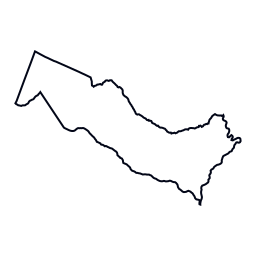 the district of Jateí, Mato Grosso do Sul, Brazil
{"feature_id": "56859067B80229786226061", "entity_name": "Jateí", "entity_type": "district", "adm_level": 2, "iso_a3": "BRA", "parent_name": "Brazil", "parent_adm1": "Mato Grosso do Sul", "projection": "natural_earth1", "projection_center": [-53.858, -22.712], "detail": "fine", "context": "isolated", "style": "outline", "palette": "ink", "viewbox_px": 256, "rotation_deg": 0, "n_neighbors": 0, "source": "geoboundaries", "source_scale": "gbopen_adm2", "svg_char_len": 5948}
<svg xmlns="http://www.w3.org/2000/svg" viewBox="0 0 256 256"><path d="M35.0,51.4L30.8,62.8L24.3,80.1L16.6,101.0L15.4,103.3L16.2,104.1L17.3,104.6L18.2,105.3L19.1,105.4L20.3,105.7L21.4,105.9L22.1,105.5L23.0,105.3L24.0,105.4L25.3,105.2L26.1,104.5L27.2,103.9L28.1,103.4L28.6,102.5L29.1,101.5L30.0,100.7L30.8,100.4L31.7,99.8L32.5,99.6L33.5,99.1L34.1,98.3L34.8,97.3L35.5,96.5L36.5,95.8L37.7,95.3L38.8,93.8L39.8,92.9L40.3,92.1L63.9,127.6L64.7,128.1L65.5,128.5L67.4,129.4L68.4,129.9L69.3,130.3L70.1,130.6L70.8,130.8L71.9,131.0L73.2,131.0L74.4,130.7L75.2,130.2L76.3,129.2L77.1,128.6L78.1,128.1L79.4,128.2L80.7,128.1L81.7,128.2L83.0,128.0L84.0,128.3L85.1,128.9L86.0,129.5L86.9,130.1L87.7,130.7L88.4,131.3L89.5,133.0L90.0,133.6L90.8,134.3L91.5,135.1L92.8,136.4L93.8,137.2L94.5,138.1L95.1,139.1L95.7,139.7L96.3,140.7L96.8,141.8L97.5,142.0L98.3,142.4L99.2,142.8L100.4,143.4L100.9,144.4L101.6,144.7L102.8,144.8L104.0,145.6L104.9,146.3L105.6,146.0L106.6,146.2L107.5,146.9L108.5,147.2L109.5,147.8L110.3,148.1L111.1,148.3L112.1,148.6L113.0,149.3L113.6,149.8L114.5,150.5L115.5,151.2L116.3,151.7L117.0,152.7L117.3,153.8L117.5,155.3L118.4,156.0L118.9,156.6L119.7,157.0L120.2,157.9L121.2,158.2L122.0,158.6L122.4,159.5L122.9,160.2L123.0,161.4L123.3,162.9L124.3,163.4L125.1,163.7L125.9,164.0L127.0,164.6L127.8,165.5L128.6,166.1L129.2,166.7L130.1,167.5L130.4,168.7L130.8,169.3L131.4,170.0L132.1,170.7L133.0,171.0L134.2,171.4L135.1,171.9L135.7,172.5L136.4,172.9L137.5,172.9L139.0,173.3L140.0,173.4L141.3,173.9L142.8,174.5L144.8,174.3L146.0,174.4L146.9,174.6L148.1,174.6L149.1,174.6L150.0,175.1L151.0,175.4L151.7,176.0L152.5,176.8L153.1,177.4L153.7,177.9L154.7,178.4L155.7,178.7L156.4,179.0L157.2,179.7L157.9,180.1L158.9,180.6L159.9,181.0L160.8,181.2L161.7,181.3L162.7,181.2L163.8,180.9L164.6,181.0L165.3,181.3L166.1,181.4L167.1,181.3L168.2,181.2L168.9,181.0L169.6,180.7L170.5,180.8L171.1,181.0L172.0,181.5L172.9,181.9L173.7,182.1L174.9,182.1L176.0,182.8L176.6,183.6L177.2,184.2L177.6,185.1L177.8,186.2L178.1,187.4L178.6,188.1L179.2,189.0L180.0,189.4L181.5,190.6L182.3,191.4L183.0,191.8L183.9,192.1L184.9,192.0L186.2,191.8L187.3,191.2L188.4,190.8L189.4,191.2L190.6,191.7L191.3,192.5L192.3,193.1L192.9,193.8L193.4,194.8L193.9,195.4L194.4,196.2L194.8,197.1L195.1,198.1L195.6,198.7L196.4,199.4L197.1,199.5L198.1,199.7L199.2,200.0L199.7,200.5L199.6,201.5L199.5,202.4L199.4,203.2L199.5,204.3L200.3,204.6L200.3,203.3L200.6,201.7L200.9,200.4L201.5,199.2L201.9,197.7L201.9,196.8L201.5,195.0L201.2,193.8L201.1,192.6L201.1,191.8L201.3,190.7L201.6,189.7L201.3,188.7L201.3,187.7L201.5,186.7L202.3,185.6L203.4,185.2L204.4,184.8L205.7,184.2L206.5,183.6L207.3,183.0L208.1,182.4L208.5,181.2L208.4,179.7L209.6,178.3L209.7,177.4L209.6,176.6L209.3,175.5L209.6,174.6L210.1,174.1L210.6,173.4L210.9,172.1L210.6,170.7L211.5,169.5L212.5,169.1L213.4,168.4L213.9,167.3L214.7,166.5L216.7,165.1L217.3,164.8L218.2,164.7L219.4,164.3L220.2,163.9L221.1,163.3L221.7,162.5L221.8,161.4L221.7,160.4L222.1,159.2L222.5,157.8L223.2,156.2L224.1,155.6L225.5,154.9L227.0,154.1L227.7,153.8L228.6,153.1L229.6,151.9L230.7,151.5L231.6,151.2L232.0,150.3L232.5,149.2L233.9,147.7L234.1,146.3L234.4,145.1L235.2,144.2L235.8,143.2L236.4,142.4L237.4,142.3L238.1,142.6L239.0,142.7L240.0,142.2L240.6,141.1L240.5,140.0L240.3,138.7L239.6,138.0L238.9,137.9L237.8,137.9L236.8,138.3L236.2,138.7L235.3,139.1L234.0,139.7L232.8,140.4L231.5,140.1L231.8,138.7L232.4,138.0L232.8,137.0L232.4,135.9L231.4,135.1L230.6,135.7L229.9,136.6L229.0,137.3L227.9,137.1L227.5,135.8L227.6,134.7L227.9,134.0L228.5,133.3L228.9,132.4L229.3,131.0L229.2,129.7L228.7,128.7L227.9,128.5L227.0,128.3L226.3,127.7L225.9,126.6L225.8,125.5L226.0,124.6L226.4,123.6L226.6,122.6L226.3,121.8L225.6,121.1L224.4,120.6L223.4,120.1L222.9,119.2L222.9,118.2L223.5,117.2L223.7,116.2L223.3,115.1L222.6,115.8L221.9,116.0L221.1,115.4L219.9,115.6L218.9,115.4L218.2,115.5L217.2,115.3L215.9,114.7L215.0,114.1L213.8,114.9L213.0,115.5L212.3,116.0L211.2,117.8L210.7,118.5L210.0,119.1L209.4,120.0L209.1,121.2L208.7,122.4L208.5,123.5L207.7,123.5L207.1,124.1L206.2,123.9L205.2,124.5L204.2,124.7L203.6,125.3L202.9,126.3L201.7,126.9L201.1,126.1L200.4,125.6L199.7,125.9L199.0,125.9L198.9,126.8L198.2,127.2L197.4,127.2L196.4,127.6L195.7,128.1L194.8,128.5L193.8,128.2L192.6,128.1L191.7,128.0L190.7,128.0L189.6,128.2L188.7,128.7L188.1,129.7L187.1,129.3L186.0,129.3L185.1,129.4L184.3,129.8L183.4,130.3L182.2,130.6L181.5,131.0L180.7,131.2L179.7,131.3L178.9,131.2L178.0,131.8L177.4,132.5L176.6,132.8L175.5,133.3L174.5,132.7L173.3,133.1L172.4,133.1L171.4,133.5L170.9,132.6L169.2,132.7L168.2,132.1L167.1,131.5L166.6,130.5L165.8,129.9L165.3,129.1L164.7,128.6L163.8,128.4L162.8,127.9L161.4,127.6L160.4,127.6L159.8,127.4L159.0,126.9L158.5,126.2L157.9,125.6L157.2,125.9L156.5,125.5L155.8,125.0L154.9,124.1L153.7,123.6L152.7,123.2L151.9,122.6L151.7,121.7L151.3,121.0L150.2,120.7L149.0,120.8L148.6,119.9L147.7,120.2L146.8,119.9L146.1,119.0L145.5,118.4L144.8,118.2L144.1,117.8L143.5,117.5L142.7,116.7L141.6,115.9L140.6,115.3L139.8,114.9L139.0,114.3L138.0,114.3L137.3,114.6L136.2,114.0L135.6,113.1L135.2,111.9L134.5,110.8L133.9,109.4L133.1,108.5L132.8,107.6L132.4,106.9L131.8,106.2L131.4,105.2L130.4,104.0L129.9,103.0L129.3,102.1L128.8,101.4L128.6,100.6L128.2,99.2L127.4,98.1L126.2,97.0L125.2,96.5L124.5,95.9L123.9,95.4L123.3,94.7L123.0,93.8L122.7,92.9L122.7,91.7L122.7,90.5L122.3,89.4L121.5,88.6L120.5,87.6L119.4,87.0L118.4,87.4L117.6,87.0L117.2,86.0L116.6,85.5L116.0,85.0L115.2,84.1L114.4,83.3L112.8,81.9L112.1,81.0L111.6,80.3L110.9,80.4L110.1,80.2L109.3,80.7L108.6,80.9L107.4,80.4L106.1,80.4L105.3,80.9L104.8,81.7L104.1,82.1L103.1,82.7L102.6,83.6L102.2,84.6L101.3,84.7L100.4,84.0L99.5,84.2L98.5,84.5L97.2,84.6L96.6,85.2L95.6,85.7L94.5,85.9L93.7,86.7L93.0,86.0L92.0,85.5L91.9,84.4L91.8,83.1L91.8,81.5L90.6,77.4L84.4,74.4L82.6,73.6L78.8,71.8L55.9,61.6L53.8,60.9L52.8,60.4L49.4,58.8L48.2,58.2L46.4,57.4L45.4,57.0L44.3,56.4L40.0,54.1L36.4,52.1L35.0,51.4Z" fill="none" stroke="#020617" stroke-width="2"/></svg>